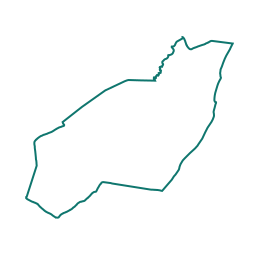 outline of Jangamo, Inhambane, Mozambique, rotated 9°
{"feature_id": "85939544B63223307878319", "entity_name": "Jangamo", "entity_type": "district", "adm_level": 2, "iso_a3": "MOZ", "parent_name": "Mozambique", "parent_adm1": "Inhambane", "projection": "equal_earth", "projection_center": [35.229, -24.157], "detail": "fine", "context": "isolated", "style": "outline", "palette": "teal", "viewbox_px": 256, "rotation_deg": 9, "n_neighbors": 0, "source": "geoboundaries", "source_scale": "gbopen_adm2", "svg_char_len": 5606}
<svg xmlns="http://www.w3.org/2000/svg" viewBox="0 0 256 256"><g transform="rotate(9 128 128)"><path d="M167.7,29.7L167.8,30.0L167.8,30.7L167.7,31.2L166.9,31.6L166.6,32.0L163.0,34.8L162.4,35.5L162.1,36.2L161.6,37.8L161.5,38.5L161.1,39.3L160.6,40.0L159.9,40.4L158.5,40.7L158.5,41.1L158.6,41.4L158.8,41.5L159.0,41.7L159.2,41.9L159.5,42.2L159.7,42.4L160.1,42.7L160.3,42.9L161.0,43.8L161.1,45.1L160.7,46.4L160.5,47.3L159.6,48.4L158.4,49.1L157.8,49.4L156.5,49.7L156.3,49.9L156.6,50.6L156.6,51.1L156.2,52.3L155.6,53.1L154.9,53.7L154.0,54.1L153.4,54.6L152.9,55.2L152.6,55.8L152.3,56.1L151.6,57.0L151.6,57.9L151.8,58.5L152.3,58.9L152.7,59.5L152.7,60.2L152.3,60.6L152.2,61.2L152.2,61.8L152.1,62.2L151.6,62.3L151.1,62.1L150.7,62.3L149.9,62.8L149.8,63.4L150.2,63.8L150.5,64.2L150.5,64.6L150.3,64.9L150.3,65.5L150.5,65.9L151.5,66.0L151.7,66.4L151.6,66.7L151.4,66.8L151.3,67.1L151.4,67.6L151.6,67.8L151.6,68.4L151.3,68.6L151.0,68.7L150.7,69.0L150.1,68.8L149.8,68.9L150.1,70.0L150.1,70.5L150.0,70.8L149.8,71.3L149.6,71.6L149.3,71.6L149.1,71.4L149.1,71.1L148.8,70.9L148.5,71.0L148.2,71.4L148.2,71.8L148.0,72.1L147.6,72.4L147.4,72.8L147.7,73.8L147.7,74.4L147.6,74.5L147.1,75.0L146.6,74.7L146.1,74.0L145.8,73.9L145.7,74.1L145.7,74.3L145.7,74.7L145.9,75.4L146.3,75.6L146.6,76.2L147.1,76.7L147.3,77.0L132.9,79.0L121.2,80.5L120.3,80.8L120.1,80.9L119.6,81.1L117.5,82.3L99.7,94.4L79.2,114.4L62.5,132.4L63.2,133.7L63.7,134.2L64.3,134.7L64.5,135.0L64.5,135.3L64.3,135.9L63.8,136.1L63.6,136.3L62.5,136.8L62.0,137.2L60.7,137.8L60.4,138.0L59.9,138.2L59.3,138.7L59.0,138.9L58.5,139.3L58.3,139.4L58.0,139.7L57.5,140.0L57.3,140.3L57.1,140.4L56.5,140.9L56.2,141.2L55.9,141.4L55.6,141.7L55.4,141.9L55.1,142.2L54.6,142.6L54.4,142.8L53.4,143.6L53.2,143.8L50.0,145.6L49.2,146.2L48.2,146.7L47.7,147.0L46.7,147.5L46.4,147.7L46.2,147.7L45.6,148.0L44.0,149.2L43.3,149.5L42.7,150.0L41.6,151.0L41.1,151.6L40.5,152.1L40.2,152.6L39.9,152.8L39.6,153.4L39.4,153.5L39.2,153.8L38.9,154.0L38.8,154.4L38.6,154.7L38.4,154.9L37.9,155.9L37.8,156.5L37.8,157.2L37.9,157.5L37.9,157.8L38.1,158.8L38.6,160.2L38.9,161.2L38.9,161.5L39.2,162.8L40.0,165.4L40.5,167.3L40.6,167.7L40.8,168.3L40.8,168.5L41.0,169.2L41.8,172.3L41.8,172.6L41.9,173.0L42.2,173.9L42.5,174.5L43.1,176.8L43.2,177.5L43.6,179.0L43.7,179.6L38.7,211.8L38.3,212.0L38.3,212.6L38.4,213.2L39.6,214.0L44.5,215.7L45.0,215.8L45.4,215.8L45.9,215.9L46.1,216.1L46.6,216.1L47.1,216.2L47.4,216.3L47.7,216.3L48.1,216.5L48.3,216.5L48.9,216.7L49.2,216.7L49.5,216.9L49.9,216.9L50.3,217.2L50.6,217.2L50.9,217.5L51.2,217.6L51.8,218.3L52.0,218.4L52.9,219.1L53.1,219.4L53.9,219.8L55.2,220.7L55.9,221.1L56.2,221.3L57.0,221.7L57.2,221.9L57.7,222.2L57.9,222.4L58.5,222.6L58.8,222.9L59.7,223.3L60.0,223.5L60.3,223.5L61.0,223.8L61.7,224.1L61.9,224.1L62.5,224.3L62.8,224.3L63.6,224.6L63.9,224.6L64.3,224.8L64.5,224.8L65.8,225.3L66.2,225.5L66.5,225.7L67.0,226.0L67.3,226.2L70.8,227.8L71.1,227.6L72.4,227.6L73.2,227.3L73.5,227.1L73.7,226.7L73.8,226.4L74.0,226.2L74.4,225.3L74.6,225.1L74.7,224.8L75.1,224.4L75.2,224.1L75.5,223.9L76.0,223.4L76.3,223.2L76.6,222.9L76.9,222.7L77.1,222.5L77.4,222.4L77.6,222.1L78.4,221.7L78.7,221.5L79.3,221.2L79.5,221.0L79.8,220.9L80.1,220.6L80.4,220.5L80.6,220.3L80.9,220.2L81.7,219.5L81.9,219.4L83.0,218.5L83.5,218.2L83.6,217.9L83.9,217.8L84.3,217.5L84.6,217.2L84.8,217.1L85.3,216.6L85.5,216.4L85.8,215.9L86.2,215.4L86.4,215.3L86.5,215.0L87.5,214.2L88.4,212.9L88.6,212.6L89.5,211.5L89.6,211.1L90.0,210.5L90.5,210.0L91.2,209.4L91.5,209.1L92.2,208.5L93.2,208.1L93.5,208.1L94.1,207.7L94.5,207.6L94.8,207.4L95.0,207.4L96.1,206.9L96.3,206.8L96.9,206.2L97.2,205.8L97.3,205.5L97.6,205.2L98.7,203.8L98.9,203.6L99.1,203.3L99.4,203.2L99.5,202.9L100.6,201.5L100.8,201.2L101.0,201.0L101.6,199.9L101.8,199.7L102.1,199.2L102.2,198.9L102.7,198.2L102.9,198.1L103.1,197.7L104.5,196.5L105.1,196.3L106.1,196.0L106.4,195.8L106.6,195.4L106.8,194.8L107.3,193.2L107.5,192.4L107.6,192.1L108.0,191.4L108.2,190.7L108.9,188.9L109.6,187.6L109.9,187.4L110.2,186.7L110.4,186.1L111.3,185.5L111.8,185.4L112.0,185.3L119.6,185.1L120.9,185.3L159.7,185.3L161.4,185.2L162.2,185.0L162.9,185.0L163.4,185.0L163.6,184.9L164.2,184.9L164.5,184.8L165.4,184.8L165.7,184.7L166.4,184.7L166.7,184.6L168.4,184.6L169.6,184.6L169.9,184.7L171.5,184.8L172.1,183.9L176.3,177.1L179.3,172.3L180.0,170.7L180.9,168.6L182.2,166.6L183.5,163.9L184.7,161.3L184.9,160.2L185.0,158.2L185.5,155.7L186.1,154.1L187.2,151.4L188.9,148.9L193.1,143.1L197.5,137.6L198.9,135.4L199.3,134.9L200.2,132.8L203.0,126.9L204.9,120.3L206.6,115.1L206.8,114.7L209.5,108.9L210.4,106.2L211.0,103.3L211.0,102.3L210.6,100.5L210.1,99.1L210.0,98.3L210.1,96.9L210.4,94.4L210.7,90.9L211.0,89.8L211.0,89.1L210.8,88.7L210.1,88.7L209.8,88.5L209.1,87.5L208.9,86.5L208.7,84.7L208.6,82.3L208.7,79.6L209.7,72.1L210.1,69.9L210.9,67.1L211.8,64.7L211.9,64.2L211.9,63.7L211.3,62.6L210.8,60.6L210.5,59.9L210.4,59.0L210.4,57.7L210.3,55.7L211.1,52.6L211.8,48.7L212.8,44.3L213.8,41.0L216.4,34.2L216.7,32.9L217.5,30.4L217.8,29.3L218.1,28.7L218.2,28.2L197.8,28.8L196.5,29.0L196.1,29.2L195.8,29.4L195.6,29.5L195.4,29.8L194.4,30.5L194.2,30.8L193.7,31.0L193.5,31.3L193.0,31.5L192.8,31.7L191.7,32.3L191.2,32.9L190.7,33.1L190.4,33.4L189.8,33.7L188.1,34.5L186.8,35.2L186.2,35.5L185.9,35.7L184.3,36.5L184.0,36.8L183.7,36.9L183.4,37.1L182.1,37.9L181.8,37.9L181.6,38.1L181.3,38.3L180.1,38.9L179.0,39.8L178.8,39.9L178.5,40.2L177.9,40.4L176.9,40.4L176.5,40.3L175.5,39.7L173.6,38.0L173.5,37.8L173.3,37.3L172.9,37.1L172.6,36.4L172.4,36.3L171.8,35.0L171.4,34.4L170.9,33.2L170.6,32.9L170.3,32.3L169.7,31.4L169.4,30.9L168.8,30.4L168.6,30.3L167.9,29.7L167.7,29.7Z" fill="none" stroke="#0f766e" stroke-width="2"/></g></svg>